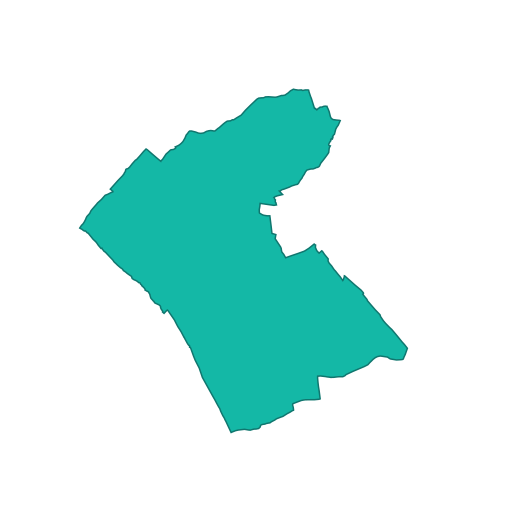 Delesti, Vaslui, Romania, rotated 111°
{"feature_id": "2599482B7658648918127", "entity_name": "Delesti", "entity_type": "district", "adm_level": 2, "iso_a3": "ROU", "parent_name": "Romania", "parent_adm1": "Vaslui", "projection": "albers", "projection_center": [27.539, 46.694], "detail": "fine", "context": "isolated", "style": "filled", "palette": "teal", "viewbox_px": 512, "rotation_deg": 111, "n_neighbors": 0, "source": "geoboundaries", "source_scale": "gbopen_adm2", "svg_char_len": 6090}
<svg xmlns="http://www.w3.org/2000/svg" viewBox="0 0 512 512"><g transform="rotate(111 256 256)"><path d="M293.1,430.6L293.2,430.3L293.2,429.6L293.4,429.0L293.4,428.5L293.4,428.1L293.9,426.7L294.2,425.2L294.0,424.9L293.8,424.3L293.8,424.0L294.7,422.2L294.9,421.6L294.8,421.2L294.8,420.9L298.8,414.0L300.1,410.8L300.7,409.7L301.4,408.6L302.5,407.1L304.5,403.4L303.9,402.7L304.7,401.9L305.2,400.9L306.0,399.7L306.3,398.7L306.3,398.2L309.4,391.8L310.7,389.0L311.4,387.7L312.0,387.0L312.7,385.7L313.0,384.7L314.1,382.2L315.4,378.6L315.6,378.0L315.7,377.1L316.0,376.2L316.4,375.4L316.8,375.0L317.1,374.7L317.7,371.9L317.9,371.4L318.3,370.4L318.8,368.6L319.6,365.1L319.8,364.8L321.0,363.9L321.4,363.5L321.8,361.8L321.9,360.9L321.9,359.8L322.0,358.8L322.3,357.4L322.9,356.0L322.7,355.5L322.7,355.0L322.7,354.6L323.6,353.7L324.1,352.4L324.8,351.8L325.0,350.8L325.3,350.4L325.7,349.3L326.7,347.7L327.1,347.4L327.5,347.4L327.6,346.6L327.9,345.5L327.8,344.9L328.0,344.4L327.9,344.0L327.9,343.8L328.1,343.4L328.7,342.9L329.4,341.9L330.0,341.3L331.2,340.5L332.9,339.2L333.4,338.5L334.1,337.0L334.8,335.8L334.9,335.3L335.1,334.8L335.8,334.2L336.0,333.9L336.1,333.1L336.2,332.2L336.2,331.6L336.3,330.3L336.4,328.9L336.8,327.7L337.4,327.0L337.7,327.0L337.9,326.9L339.4,325.7L341.1,323.2L341.8,323.2L342.5,321.3L340.3,320.4L339.3,320.0L338.7,319.7L338.2,319.2L338.8,318.2L344.9,309.3L348.6,305.2L350.3,303.2L351.8,301.1L353.7,298.6L357.5,294.3L357.8,294.0L357.7,293.8L358.9,292.6L362.3,288.6L363.2,287.3L363.5,286.7L363.4,286.2L363.6,285.9L365.0,285.3L364.9,284.6L365.6,283.8L372.1,278.2L375.2,275.3L380.9,268.9L388.6,262.5L402.2,246.3L404.8,243.1L407.6,239.9L410.3,236.7L411.4,235.2L413.7,233.2L417.0,229.7L418.5,227.7L420.3,225.9L421.2,224.8L429.7,216.0L428.8,215.1L426.4,212.5L424.9,210.3L423.0,206.7L421.9,204.6L421.1,200.6L420.6,198.9L419.9,198.0L418.4,196.0L417.5,193.9L416.1,191.7L414.1,190.8L412.6,191.0L411.6,190.5L410.5,188.9L409.7,187.4L408.8,186.5L407.5,184.5L406.8,183.2L405.1,182.1L402.4,179.7L400.6,178.5L397.7,175.3L396.1,173.4L391.9,170.3L389.8,168.4L387.1,166.4L386.6,165.7L386.2,165.8L384.1,166.9L381.9,168.5L380.6,168.6L374.7,162.0L373.6,160.3L372.5,158.3L371.1,154.8L369.1,149.7L367.2,145.9L366.4,144.9L359.3,148.7L355.7,150.8L351.7,152.9L348.0,154.7L346.1,155.4L344.9,152.8L343.7,148.1L343.3,146.0L342.8,144.1L342.6,142.9L341.5,140.2L339.5,136.4L338.8,134.9L337.6,131.7L335.9,130.1L334.4,129.4L329.0,124.2L325.6,120.7L320.5,115.4L317.4,112.6L314.8,111.6L310.4,109.6L308.0,108.1L306.4,106.6L304.9,104.3L304.6,103.2L303.3,97.3L303.3,96.7L303.9,94.3L303.9,93.4L302.7,87.6L300.8,83.4L300.0,82.0L299.4,81.6L297.3,81.6L294.3,81.4L287.9,81.6L285.5,85.6L283.8,89.0L280.1,95.4L278.6,98.1L277.1,100.8L275.9,103.0L275.4,104.3L274.8,105.8L272.4,111.0L270.8,113.9L268.0,117.9L266.4,119.2L263.5,125.4L257.8,136.0L257.4,136.2L256.6,137.1L254.7,140.5L253.4,142.6L253.0,142.4L252.2,142.3L251.7,142.9L250.2,145.7L247.5,153.6L242.8,166.0L242.8,166.4L244.0,166.1L246.9,166.0L247.8,166.2L245.4,169.7L243.5,173.2L241.6,176.4L240.8,178.1L238.2,181.8L236.4,185.2L234.9,186.9L232.8,187.6L229.9,192.7L227.8,195.7L227.6,196.5L230.7,198.1L229.9,199.9L229.5,200.7L228.7,201.7L226.7,203.6L224.4,204.3L224.4,204.9L224.0,206.0L229.7,209.3L233.8,212.3L234.6,213.1L238.5,217.6L243.4,223.5L247.0,227.7L244.6,230.6L243.0,233.3L241.7,234.2L239.9,235.2L238.8,236.2L233.0,244.3L228.9,245.1L229.2,249.2L224.2,251.8L213.5,257.5L214.5,260.1L215.2,263.4L215.2,265.0L214.7,268.1L214.3,268.4L211.5,269.6L208.8,270.1L205.4,271.0L202.3,257.4L201.0,255.2L199.9,256.0L199.2,256.4L199.0,257.0L198.1,257.6L196.6,258.0L196.3,258.8L196.0,259.2L194.8,259.9L194.8,260.1L194.0,259.7L192.2,257.7L189.1,253.2L187.0,257.5L186.4,256.5L185.4,256.0L184.6,255.3L183.6,253.9L179.6,249.4L177.9,247.9L175.1,244.4L174.7,243.7L174.2,243.0L173.0,242.4L170.8,242.1L168.7,241.6L167.0,241.0L165.2,240.9L162.6,240.3L161.1,240.1L160.5,240.1L159.6,239.9L157.9,239.4L157.3,239.0L155.4,236.4L155.0,235.7L154.3,234.0L153.9,233.5L152.8,232.2L152.2,231.8L151.1,230.2L150.2,229.4L149.3,229.0L146.2,228.8L140.4,227.0L135.7,225.7L133.4,225.2L129.1,226.3L128.4,226.3L126.6,226.1L126.7,227.4L126.3,227.9L125.8,228.1L124.9,228.2L123.4,227.9L122.8,227.9L121.5,227.4L120.9,227.9L120.0,227.9L119.3,227.5L119.1,227.2L119.6,226.8L119.5,226.6L118.3,226.7L117.4,227.3L117.2,227.3L117.2,227.1L117.2,226.9L116.7,227.1L115.4,227.0L114.3,226.4L108.9,227.0L106.7,226.7L104.3,226.1L99.4,225.9L99.4,226.5L100.3,229.8L101.0,233.0L100.9,233.8L100.1,235.7L98.8,236.8L94.8,239.6L92.7,241.6L91.7,242.7L90.8,243.4L91.1,244.2L91.3,245.2L91.7,245.8L92.2,246.7L93.2,247.6L94.1,249.6L94.7,249.8L95.3,250.2L95.8,250.8L97.2,251.2L97.8,251.7L97.5,252.3L97.1,252.9L97.3,253.2L97.0,253.3L96.9,253.6L97.1,254.4L88.9,260.9L87.8,262.0L83.7,265.4L82.3,266.3L82.3,266.9L83.3,269.5L84.6,271.5L84.8,272.1L84.6,272.8L84.9,273.6L86.0,276.1L86.6,278.9L86.9,280.9L89.4,283.0L92.2,284.4L95.4,286.6L96.5,288.4L97.0,289.7L100.0,293.4L100.8,294.8L101.0,295.3L102.9,301.5L104.1,304.2L105.6,305.7L106.4,307.6L107.6,310.0L108.8,311.0L109.5,311.5L116.4,314.8L123.7,318.1L129.8,320.3L134.0,323.6L136.9,325.7L137.3,326.9L138.9,328.2L140.4,331.2L142.2,332.5L144.4,333.8L149.4,336.4L150.5,337.2L153.9,339.1L154.4,340.0L154.6,341.3L155.1,343.3L156.1,345.1L157.4,346.9L159.9,349.0L161.3,351.5L161.9,353.7L161.9,356.7L162.4,360.9L163.1,362.7L163.9,363.2L166.4,363.9L168.0,364.5L171.4,364.6L175.3,365.2L177.5,366.1L179.5,367.2L180.9,368.3L183.1,370.5L183.6,369.7L184.4,369.8L186.1,371.2L187.3,373.4L187.7,373.8L191.4,375.6L192.6,376.3L193.5,376.6L199.4,377.9L201.1,378.8L201.7,378.8L199.9,384.1L195.8,395.5L195.5,397.0L198.7,398.4L204.4,400.4L208.8,402.1L209.7,402.9L214.2,404.6L218.2,405.8L220.2,406.8L221.1,408.0L221.7,408.5L222.8,408.5L223.6,408.2L224.4,408.4L225.8,408.7L226.8,408.6L227.1,408.9L228.6,409.2L235.2,412.0L245.8,416.0L246.9,412.8L247.4,412.6L248.9,414.2L251.8,416.8L252.6,417.8L253.4,418.6L258.7,420.6L263.4,423.0L264.5,423.3L270.2,425.4L273.0,426.3L275.8,426.5L279.6,428.0L281.1,428.2L282.9,428.2L286.2,428.6L288.2,429.1L289.9,429.9L293.1,430.6Z" fill="#14b8a6" stroke="#0f766e" stroke-width="1.5"/></g></svg>